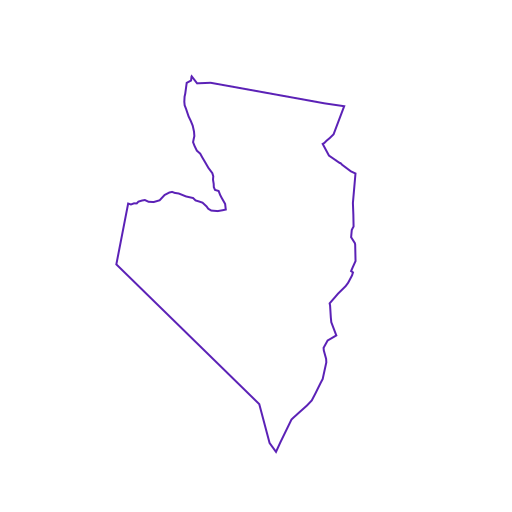 San Antonio Sinicahua, Oaxaca, Mexico, rotated 340°
{"feature_id": "50627088B26759671205553", "entity_name": "San Antonio Sinicahua", "entity_type": "district", "adm_level": 2, "iso_a3": "MEX", "parent_name": "Mexico", "parent_adm1": "Oaxaca", "projection": "robinson", "projection_center": [-97.572, 17.151], "detail": "fine", "context": "isolated", "style": "outline", "palette": "violet", "viewbox_px": 512, "rotation_deg": 340, "n_neighbors": 0, "source": "geoboundaries", "source_scale": "gbopen_adm2", "svg_char_len": 1618}
<svg xmlns="http://www.w3.org/2000/svg" viewBox="0 0 512 512"><g transform="rotate(340 256 256)"><path d="M285.7,380.0L286.7,376.7L287.4,368.0L288.1,365.4L294.4,359.9L304.3,358.1L304.1,344.0L305.3,339.3L308.7,327.8L309.0,325.7L320.3,319.4L329.9,315.0L333.4,312.7L339.6,307.1L341.5,304.6L340.2,302.7L343.4,299.3L344.0,298.7L347.8,294.8L353.1,279.2L353.3,277.7L351.8,270.9L354.9,264.3L356.7,262.6L357.1,262.3L357.8,261.6L361.5,250.8L365.2,239.3L377.7,212.5L374.1,208.9L368.1,199.7L367.2,197.6L366.5,197.3L358.9,186.6L357.0,173.5L359.0,173.1L361.7,171.8L365.6,170.4L370.5,168.2L390.1,145.4L372.8,136.1L272.6,77.7L259.7,73.6L257.0,65.1L256.8,65.3L255.0,68.9L250.1,69.6L245.0,79.3L243.4,81.8L241.4,86.5L240.5,90.0L240.6,93.9L240.5,97.1L240.4,101.9L240.9,106.7L241.1,111.9L240.3,117.9L239.1,122.2L237.5,124.7L235.8,127.5L235.9,131.6L236.4,136.4L236.4,136.7L238.6,140.8L239.2,144.8L240.4,151.2L241.4,156.9L243.3,163.2L243.1,166.5L241.7,169.6L240.9,173.8L239.9,176.9L240.1,179.9L243.1,182.1L243.2,186.4L243.6,189.5L244.8,196.5L243.5,202.0L240.4,201.6L235.4,200.7L229.5,198.0L227.3,195.3L226.5,192.5L224.0,187.6L221.4,185.5L218.2,183.1L216.7,180.0L210.6,176.1L207.3,173.1L204.7,170.8L201.2,168.9L199.1,167.1L196.3,166.7L191.0,167.4L184.5,170.7L178.3,170.3L173.6,168.3L170.7,165.4L167.9,164.9L164.1,164.7L161.9,165.8L159.4,164.8L156.1,164.8L153.8,163.0L137.1,190.8L121.9,216.1L144.8,263.8L208.4,396.3L204.8,436.4L207.8,446.9L215.4,439.2L233.4,421.8L236.1,420.6L242.8,417.9L252.8,413.9L255.8,412.4L259.0,410.8L264.7,405.6L273.6,397.1L276.6,394.4L279.3,390.1L285.7,380.0Z" fill="none" stroke="#5b21b6" stroke-width="2"/></g></svg>